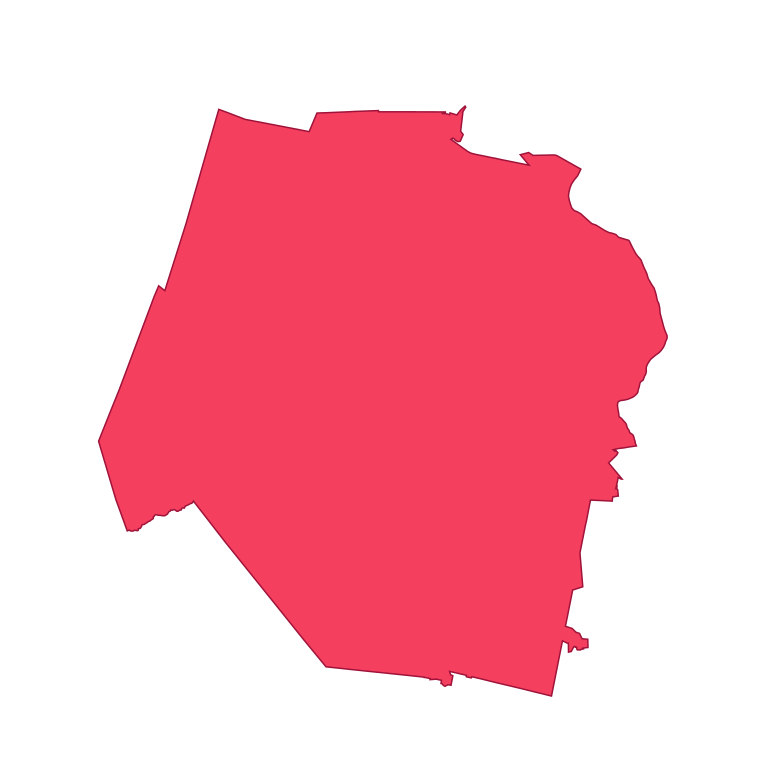 outline of Mier, Tamaulipas, Mexico, rotated 12°
{"feature_id": "50627088B19734737763323", "entity_name": "Mier", "entity_type": "district", "adm_level": 2, "iso_a3": "MEX", "parent_name": "Mexico", "parent_adm1": "Tamaulipas", "projection": "albers", "projection_center": [-99.247, 26.417], "detail": "fine", "context": "isolated", "style": "filled", "palette": "rose", "viewbox_px": 768, "rotation_deg": 12, "n_neighbors": 0, "source": "geoboundaries", "source_scale": "gbopen_adm2", "svg_char_len": 6060}
<svg xmlns="http://www.w3.org/2000/svg" viewBox="0 0 768 768"><g transform="rotate(12 384 384)"><path d="M150.1,559.7L163.4,581.1L164.0,580.7L164.8,580.0L164.9,579.9L165.1,579.9L165.5,579.9L166.0,580.1L166.2,580.4L167.0,580.4L167.5,580.3L168.2,580.3L168.8,580.1L169.4,579.8L169.9,579.4L170.3,579.0L170.8,578.9L171.6,578.8L172.2,578.8L173.0,578.8L173.2,578.7L173.7,578.6L174.0,578.2L174.1,577.8L173.8,577.3L173.7,577.0L173.8,576.8L174.0,576.5L174.3,576.3L175.0,576.2L175.5,575.9L175.9,575.3L176.1,574.6L176.3,574.0L176.5,573.3L176.6,572.8L176.7,572.1L177.0,571.7L177.4,571.5L177.9,571.5L178.6,571.2L179.1,570.8L179.6,570.1L180.1,569.7L180.5,569.3L180.9,569.0L181.2,568.7L181.5,568.3L182.0,567.7L182.4,567.4L183.1,567.0L183.6,566.6L184.0,566.1L184.4,565.5L185.0,565.0L185.7,564.2L186.1,563.9L186.2,563.6L186.3,563.3L186.1,562.7L186.0,562.3L186.1,561.8L186.4,561.6L186.7,561.2L187.0,560.2L187.7,559.4L188.5,559.3L189.2,559.3L189.9,559.3L190.9,559.3L191.8,559.1L192.5,559.0L193.2,558.9L194.1,559.0L194.7,558.9L195.5,558.8L196.5,558.5L197.0,558.4L197.5,557.9L198.0,557.5L198.9,556.7L199.1,556.4L199.4,555.9L199.5,555.5L199.7,554.7L199.9,554.3L200.1,553.8L200.5,553.4L201.1,553.0L201.3,552.8L201.4,552.5L201.5,551.9L201.7,551.6L201.9,551.6L202.3,551.5L202.6,551.5L203.0,551.6L203.3,551.5L203.7,551.2L204.0,550.9L204.3,550.6L204.9,550.6L205.3,550.6L205.7,550.6L206.2,550.8L206.4,550.9L206.7,551.0L207.0,551.2L207.2,551.4L207.5,551.4L207.7,551.5L208.3,551.5L208.8,551.3L209.4,551.0L209.7,550.6L209.9,550.3L210.3,549.9L210.6,549.7L211.2,549.7L211.6,549.6L211.8,549.3L211.9,549.1L211.9,548.8L212.0,548.5L211.9,548.2L211.9,547.9L212.0,547.6L212.3,547.4L212.7,547.1L213.1,547.0L213.6,547.0L214.2,547.0L214.6,546.8L214.7,546.5L214.7,546.1L214.6,545.8L214.7,545.4L214.9,545.0L215.1,544.8L215.3,544.6L215.7,544.3L215.9,544.2L216.3,543.9L216.6,543.7L217.1,543.3L217.4,543.1L217.8,542.8L218.1,542.6L218.5,542.2L218.9,541.8L219.4,541.3L219.7,541.2L220.1,541.0L220.4,540.8L220.8,540.5L221.2,540.1L221.4,539.8L221.6,539.2L221.6,538.8L221.8,538.4L221.9,538.1L257.4,568.1L261.9,571.9L270.0,578.5L292.8,597.1L310.7,611.7L321.4,620.4L335.1,631.6L358.1,650.4L361.5,653.1L386.1,672.7L402.2,671.0L409.4,670.3L427.4,668.4L465.7,664.3L484.2,662.4L484.3,662.7L486.0,662.5L490.5,662.5L490.5,663.6L497.1,661.7L497.1,661.9L501.8,661.9L502.0,665.1L503.0,665.1L504.8,666.5L506.5,667.0L509.1,664.9L512.2,664.7L512.0,655.0L509.6,654.5L507.9,651.5L525.2,651.8L525.2,653.0L525.6,653.3L530.5,653.3L530.8,652.1L538.1,652.2L556.1,652.8L577.8,653.3L599.5,654.0L612.7,654.4L612.0,600.2L612.0,598.1L616.8,599.3L618.2,599.2L618.2,599.8L618.6,600.9L620.2,607.9L622.8,606.7L624.2,601.7L625.1,601.2L625.5,601.1L625.7,601.6L626.0,601.7L627.1,601.5L627.2,602.0L628.0,603.7L628.5,603.9L631.6,603.2L631.9,602.6L634.1,601.7L633.5,601.0L638.3,599.3L636.4,591.3L630.7,592.0L627.1,587.3L623.4,586.9L618.9,584.0L611.8,583.2L611.8,579.9L611.4,546.3L620.6,541.0L610.8,508.5L610.7,502.4L610.4,480.5L610.5,475.9L610.2,460.1L610.1,454.6L631.6,451.1L631.2,446.9L636.5,444.9L634.5,438.7L633.5,438.2L633.2,436.1L632.5,437.3L632.6,431.6L632.5,426.7L635.5,427.7L636.7,427.5L620.1,414.5L626.4,405.1L627.1,402.6L624.5,400.7L623.9,401.7L621.8,400.6L627.1,398.2L629.3,397.5L632.2,396.5L636.4,394.8L643.8,392.1L643.5,391.7L642.3,389.9L641.2,387.3L640.2,385.7L639.6,384.3L638.7,382.8L637.7,381.8L636.5,381.3L635.4,380.9L634.2,380.0L633.3,378.4L631.2,376.4L630.2,374.6L629.5,373.2L628.5,372.0L626.5,370.6L623.9,368.6L622.1,367.6L620.9,367.2L620.3,365.9L619.5,363.4L618.5,361.2L617.4,358.1L616.8,356.5L616.6,354.6L616.6,353.5L616.9,352.5L617.7,351.9L618.8,351.0L620.4,350.5L622.3,349.8L624.9,348.6L627.0,347.4L628.7,346.1L630.3,345.0L631.5,343.6L632.7,342.0L633.6,340.5L634.0,339.1L633.9,336.9L634.2,334.2L634.2,332.0L634.2,330.1L634.5,328.8L635.0,328.1L636.0,327.1L636.7,326.2L637.0,324.0L637.3,321.9L637.9,320.2L638.0,318.3L637.9,316.6L637.4,315.1L637.1,313.1L637.3,311.2L637.9,308.9L638.8,306.5L639.8,304.3L641.7,301.8L643.6,299.4L646.6,296.1L648.3,293.2L649.7,290.0L650.5,286.3L650.7,283.5L651.3,281.2L651.3,279.7L650.8,277.7L649.6,276.1L647.5,273.0L645.6,269.7L643.5,265.5L641.2,261.0L639.3,257.2L637.9,252.3L636.1,248.3L634.0,245.5L631.3,239.4L628.3,234.1L625.1,231.0L622.7,228.3L620.6,226.0L618.2,221.5L616.1,218.6L614.7,216.9L611.5,212.2L609.9,209.6L608.4,208.2L605.5,206.2L603.0,203.9L599.1,199.4L596.3,195.8L594.3,193.2L593.2,192.5L591.2,192.4L586.4,192.0L583.0,191.7L581.7,190.9L579.8,189.6L576.0,189.1L572.7,189.1L568.1,188.0L558.4,184.5L553.9,183.9L550.1,181.8L541.1,176.6L537.4,175.4L534.0,174.8L531.1,172.8L529.7,170.6L527.3,166.3L525.4,162.0L525.0,158.0L525.2,153.1L525.9,149.3L527.7,144.7L530.1,140.1L531.9,132.9L505.8,124.7L504.2,124.5L502.3,124.7L482.2,129.4L477.4,127.5L469.6,131.4L480.4,139.8L464.0,140.0L454.9,140.1L445.4,140.1L445.2,140.1L442.9,140.2L435.0,140.2L427.7,140.3L425.9,140.3L424.4,140.3L423.1,140.2L422.2,140.2L421.2,140.1L420.1,139.9L419.2,139.6L418.4,139.4L417.6,139.2L416.6,138.7L412.6,137.0L398.6,130.8L398.8,130.7L399.0,130.6L399.2,130.4L399.4,130.3L399.7,130.3L399.8,130.1L399.8,129.9L399.7,129.7L399.8,129.4L400.1,129.4L400.3,129.3L400.5,129.3L400.8,129.3L401.0,129.3L401.5,129.4L401.7,129.6L401.8,129.7L401.9,130.0L402.0,130.2L402.3,130.2L402.5,130.3L402.8,130.6L403.0,130.7L403.3,130.7L403.5,130.8L403.9,131.1L404.1,131.2L404.3,131.2L404.5,131.3L404.8,131.3L405.0,131.3L405.5,131.5L405.9,131.5L406.1,131.5L406.3,131.4L406.6,131.4L406.8,131.3L407.0,131.2L407.4,131.0L407.7,131.0L407.9,130.9L408.1,130.7L409.6,123.6L406.5,120.9L406.3,119.4L404.7,102.2L404.3,102.0L406.4,96.3L405.5,95.3L402.0,100.1L399.3,105.7L392.2,105.1L392.1,106.9L387.9,106.7L384.2,107.4L388.1,105.0L370.9,108.6L348.4,113.3L322.0,118.9L321.7,117.7L302.3,122.6L299.7,123.2L293.2,125.0L278.3,128.8L270.2,130.9L265.6,132.0L265.3,132.1L262.1,132.9L258.3,152.7L193.6,154.0L192.5,153.9L175.5,151.2L165.3,149.7L162.0,196.6L159.2,236.5L157.0,268.3L150.2,338.3L143.2,334.8L140.9,346.7L137.2,371.5L126.1,445.2L122.5,465.5L116.7,499.3L123.0,510.9L146.0,553.2L150.1,559.7Z" fill="#f43f5e" stroke="#9f1239" stroke-width="1.5"/></g></svg>